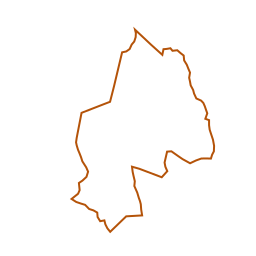 the district of Meruoca, Ceará, Brazil, rotated 243°
{"feature_id": "56859067B26232232451601", "entity_name": "Meruoca", "entity_type": "district", "adm_level": 2, "iso_a3": "BRA", "parent_name": "Brazil", "parent_adm1": "Ceará", "projection": "mercator", "projection_center": [-40.459, -3.57], "detail": "fine", "context": "isolated", "style": "outline", "palette": "amber", "viewbox_px": 256, "rotation_deg": 243, "n_neighbors": 0, "source": "geoboundaries", "source_scale": "gbopen_adm2", "svg_char_len": 1320}
<svg xmlns="http://www.w3.org/2000/svg" viewBox="0 0 256 256"><g transform="rotate(243 128 128)"><path d="M73.0,196.6L79.0,198.4L85.6,199.4L89.4,200.0L93.7,201.5L98.2,203.8L101.1,201.1L105.1,205.3L109.0,205.8L112.5,206.3L116.1,206.5L119.2,205.6L123.3,202.3L128.7,202.5L132.3,203.3L137.5,203.2L141.5,204.4L145.0,205.3L149.2,208.4L153.5,208.7L157.6,209.1L162.7,208.7L167.3,210.5L170.7,208.9L174.9,207.2L176.6,202.7L179.8,202.0L180.9,198.4L182.1,195.4L177.6,191.8L191.9,186.3L212.4,178.9L209.0,178.1L205.5,176.1L202.2,172.8L200.7,169.2L197.6,165.3L197.0,161.2L198.1,157.1L171.2,134.2L159.5,123.9L160.2,117.3L161.3,106.4L162.6,93.5L142.5,77.8L138.8,75.2L135.8,74.4L131.4,73.6L127.3,73.3L123.3,72.9L119.0,72.2L111.9,72.9L107.2,72.6L103.3,68.8L101.8,63.5L101.3,59.3L94.6,56.7L92.1,53.7L90.4,45.5L85.6,48.3L82.0,51.8L79.0,54.9L73.5,56.6L70.3,59.8L66.6,62.2L62.5,60.5L57.6,60.9L56.4,65.0L52.4,64.1L47.9,64.1L43.6,65.0L50.1,86.3L43.7,100.9L49.3,102.7L54.3,104.8L57.5,105.5L60.8,105.9L66.2,106.9L69.8,107.1L73.4,107.3L77.5,109.9L82.9,111.2L86.7,112.2L91.7,114.0L86.5,119.6L68.8,135.7L71.7,143.4L76.5,143.7L80.6,144.9L83.7,147.5L89.2,152.1L87.5,156.1L83.5,158.2L80.1,160.0L75.5,162.5L68.4,167.3L68.2,173.9L67.5,179.5L65.3,184.0L63.1,188.0L66.0,190.8L68.2,193.9L73.0,196.6Z" fill="none" stroke="#b45309" stroke-width="2"/></g></svg>